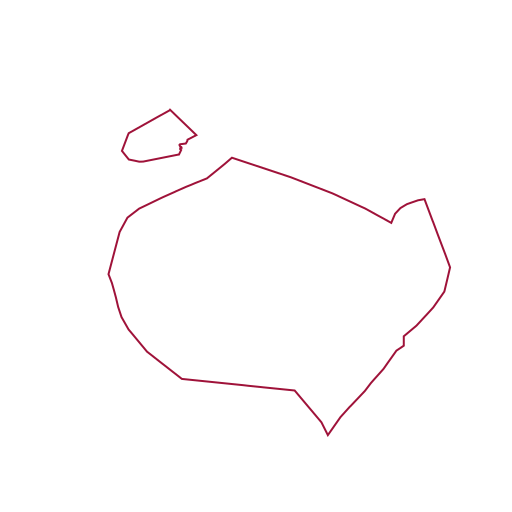 Radman, Al Bayda', Yemen, rotated 305°
{"feature_id": "15242507B86992417351201", "entity_name": "Radman", "entity_type": "district", "adm_level": 2, "iso_a3": "YEM", "parent_name": "Yemen", "parent_adm1": "Al Bayda'", "projection": "orthographic", "projection_center": [45.286, 14.484], "detail": "fine", "context": "isolated", "style": "outline", "palette": "rose", "viewbox_px": 512, "rotation_deg": 305, "n_neighbors": 0, "source": "geoboundaries", "source_scale": "gbopen_adm2", "svg_char_len": 1539}
<svg xmlns="http://www.w3.org/2000/svg" viewBox="0 0 512 512"><g transform="rotate(305 256 256)"><path d="M267.3,428.5L275.0,423.1L291.0,427.4L302.0,428.9L307.8,429.7L315.6,430.7L334.4,430.7L334.8,430.7L335.6,430.4L335.9,430.3L347.0,425.9L358.0,421.5L365.8,410.3L377.7,392.8L385.7,381.2L385.8,381.0L385.9,380.8L399.2,361.4L394.6,356.8L388.4,352.3L386.7,351.1L385.2,350.0L383.5,349.2L378.1,346.8L370.4,345.7L360.7,347.8L359.7,338.1L359.1,333.0L357.5,318.0L356.7,313.8L355.0,304.2L352.4,289.7L352.1,287.8L351.1,282.5L344.2,254.5L340.5,239.5L322.7,179.9L313.6,177.6L292.2,171.5L291.6,171.4L280.6,164.2L276.9,161.9L272.8,159.2L262.9,153.2L262.1,152.8L251.1,146.2L247.6,144.2L238.1,138.9L234.7,137.0L227.8,133.1L213.7,128.7L210.0,129.1L197.5,130.5L156.5,145.6L151.2,153.5L146.8,158.9L141.7,165.0L135.2,172.3L128.8,180.9L122.7,193.8L121.6,198.0L115.1,221.7L115.1,222.2L114.3,236.9L112.8,265.8L129.1,295.0L143.0,319.9L145.2,324.0L151.3,334.9L152.5,337.1L168.0,364.8L157.3,405.0L150.5,417.6L172.5,417.6L186.3,419.3L187.1,419.5L207.9,422.6L217.8,423.0L222.3,423.5L234.0,424.9L236.6,425.2L243.9,425.2L257.8,425.3L259.0,425.3L267.3,428.5ZM326.5,101.7L325.8,101.7L316.4,97.1L312.3,95.1L283.6,81.3L281.7,81.7L267.2,85.4L265.2,85.9L263.6,91.3L262.1,96.5L264.5,102.0L266.3,106.3L268.6,109.4L294.2,133.9L294.9,134.7L299.9,133.9L300.1,132.5L300.7,132.2L301.9,133.0L302.4,132.3L302.1,131.4L302.7,130.1L303.1,129.6L304.0,129.7L304.6,130.4L307.9,134.0L310.6,133.8L312.0,133.2L320.8,137.8L326.5,101.7Z" fill="none" stroke="#9f1239" stroke-width="2"/></g></svg>